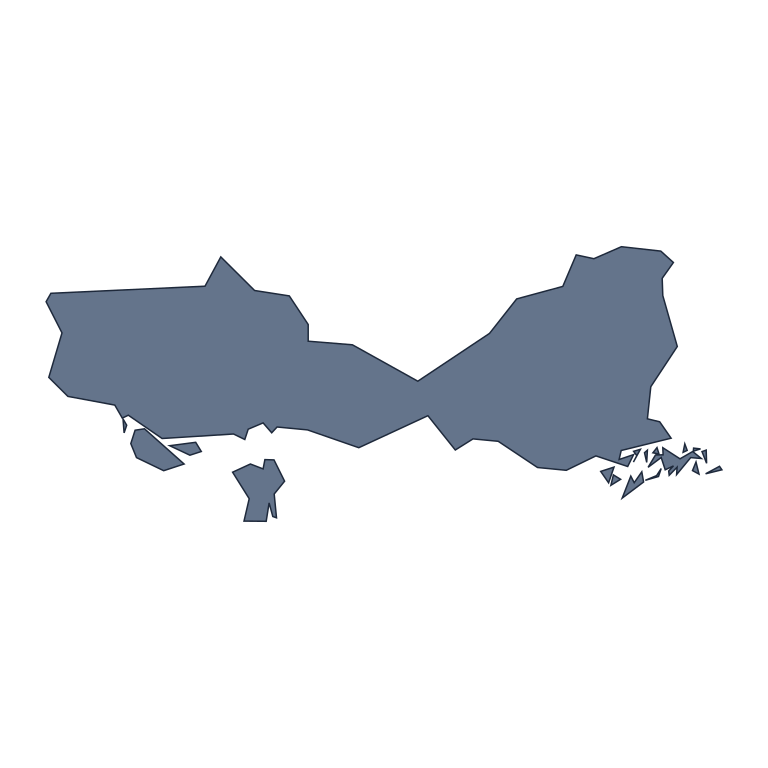 the district of Ha Long, Quảng Ninh, Vietnam
{"feature_id": "81297802B5641238333098", "entity_name": "Ha Long", "entity_type": "district", "adm_level": 2, "iso_a3": "VNM", "parent_name": "Vietnam", "parent_adm1": "Quảng Ninh", "projection": "mercator", "projection_center": [107.104, 20.974], "detail": "medium", "context": "isolated", "style": "filled", "palette": "slate", "viewbox_px": 768, "rotation_deg": 0, "n_neighbors": 0, "source": "geoboundaries", "source_scale": "gbopen_adm2", "svg_char_len": 1944}
<svg xmlns="http://www.w3.org/2000/svg" viewBox="0 0 768 768"><path d="M673.4,262.5L660.8,251.1L621.4,246.7L593.9,258.7L576.2,254.9L562.8,286.4L516.7,298.9L489.5,333.4L417.8,381.2L352.4,344.8L308.2,341.2L308.2,324.5L289.3,295.9L254.6,290.5L220.8,256.9L205.0,286.2L50.9,293.3L46.1,301.7L62.0,332.9L48.8,377.4L67.9,396.4L114.8,405.1L122.3,418.1L128.3,415.2L162.1,438.5L233.5,434.0L244.8,439.5L248.2,429.2L263.1,422.9L271.7,432.8L277.1,427.0L307.5,429.9L358.8,447.7L427.9,415.7L455.3,450.0L473.0,438.9L498.2,441.3L537.5,467.5L566.3,470.3L595.9,455.9L627.7,466.5L633.6,454.6L619.1,459.5L621.2,450.5L671.1,438.2L659.7,421.8L647.4,418.8L650.8,386.7L677.3,346.5L662.8,295.6L662.2,278.3L673.4,262.5ZM274.0,459.9L264.9,459.6L263.1,468.9L250.4,464.0L232.6,472.2L249.2,498.7L244.0,521.1L266.2,521.3L269.1,502.9L272.8,516.5L276.5,517.8L274.2,494.0L284.6,481.2L274.0,459.9ZM184.1,464.0L144.5,428.8L135.1,430.2L130.8,443.6L136.5,457.6L163.7,470.7L184.1,464.0ZM680.0,458.8L662.8,447.7L663.1,454.8L655.5,455.0L648.1,467.3L661.2,457.5L665.2,469.8L673.5,465.9L668.7,471.0L669.2,475.3L677.1,467.2L676.6,474.6L690.7,457.6L701.3,458.5L692.7,451.5L680.0,458.8ZM195.7,442.3L169.7,445.7L189.9,455.2L201.3,451.5L195.7,442.3ZM643.6,482.0L641.8,471.8L634.2,482.7L630.8,476.1L622.2,498.1L643.6,482.0ZM614.0,467.1L600.7,471.4L608.6,482.8L614.0,467.1ZM719.5,466.3L705.6,473.8L721.9,469.8L719.5,466.3ZM620.6,479.3L613.4,474.9L610.9,485.3L620.6,479.3ZM640.4,449.3L633.6,451.3L636.8,455.6L633.4,462.1L640.4,449.3ZM699.0,474.1L696.0,462.0L692.5,470.6L699.0,474.1ZM661.2,468.5L656.6,475.6L645.3,480.3L658.5,476.5L661.2,468.5ZM646.7,462.4L647.4,450.2L644.5,452.7L646.7,462.4ZM706.6,463.3L706.2,450.1L702.0,451.6L706.6,463.3ZM659.0,454.0L657.0,447.6L652.9,452.8L659.0,454.0ZM124.1,432.9L126.7,425.2L123.0,418.9L124.1,432.9ZM683.1,452.3L687.2,450.4L684.8,443.9L683.1,452.3ZM700.5,448.9L693.6,448.1L693.3,451.2L700.5,448.9Z" fill="#64748b" stroke="#1e293b" stroke-width="1.5"/></svg>